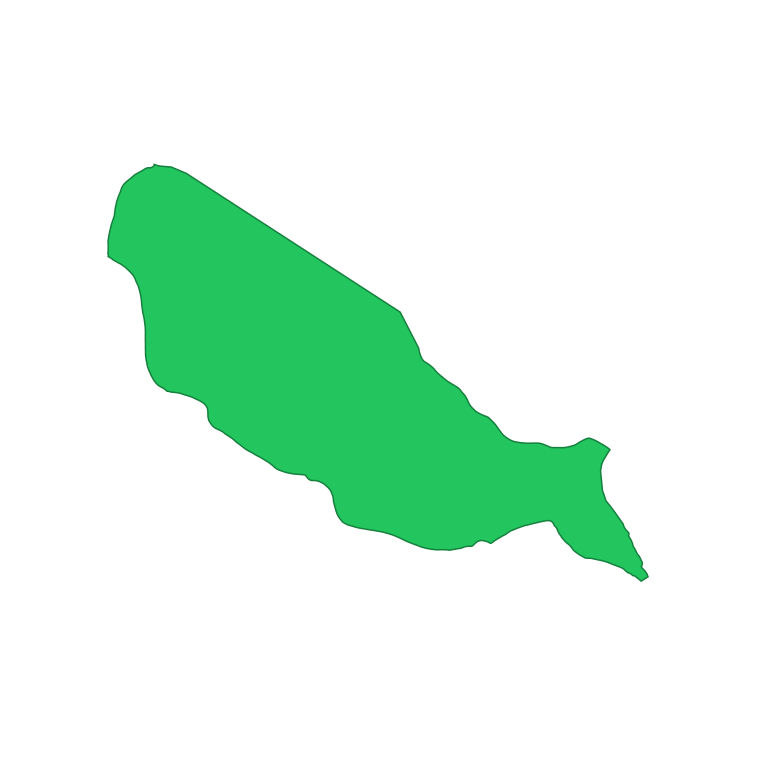 Cazuca, Micoud, Saint Lucia (Albers equal-area conic projection), rotated 17°
{"feature_id": "8701671B6383069893931", "entity_name": "Cazuca", "entity_type": "district", "adm_level": 2, "iso_a3": "LCA", "parent_name": "Saint Lucia", "parent_adm1": "Micoud", "projection": "albers", "projection_center": [-60.905, 13.8], "detail": "fine", "context": "isolated", "style": "filled", "palette": "green", "viewbox_px": 768, "rotation_deg": 17, "n_neighbors": 0, "source": "geoboundaries", "source_scale": "gbopen_adm2", "svg_char_len": 6093}
<svg xmlns="http://www.w3.org/2000/svg" viewBox="0 0 768 768"><g transform="rotate(17 384 384)"><path d="M83.1,342.8L85.7,343.4L87.0,343.8L88.1,344.3L90.7,345.0L91.2,345.1L92.0,345.2L93.9,345.7L96.1,346.1L97.8,346.4L99.4,347.0L100.7,347.4L102.4,348.0L104.2,348.9L107.7,350.6L111.3,352.7L112.5,353.6L113.6,354.5L114.7,355.6L116.0,357.1L117.1,358.6L119.6,361.3L120.3,362.2L121.6,364.1L123.3,366.7L124.8,369.3L127.2,374.1L128.4,377.1L129.3,379.3L132.5,386.3L133.3,387.6L135.5,391.6L136.8,394.4L137.2,395.3L138.0,397.1L139.2,399.9L140.6,403.9L141.3,406.3L141.6,407.3L143.1,412.2L143.4,413.3L143.7,413.9L145.7,420.5L146.8,423.7L147.4,425.7L147.9,427.0L148.5,428.3L149.7,430.8L150.8,432.7L151.9,434.9L152.8,436.6L154.7,439.0L155.4,440.0L156.9,441.6L158.0,442.9L159.5,444.6L160.5,445.5L161.2,446.2L163.1,448.0L165.3,449.5L166.1,450.1L167.3,450.7L169.2,451.5L170.5,451.8L172.0,452.1L173.1,452.4L174.0,452.5L175.6,453.0L178.8,454.4L179.8,454.0L182.0,454.0L183.4,453.9L185.4,453.4L187.6,453.0L189.8,452.7L190.8,452.6L192.6,452.5L194.5,452.6L202.3,452.6L202.8,452.7L203.2,452.6L205.4,452.9L209.4,453.5L210.8,453.6L213.3,454.1L215.6,454.6L216.1,454.8L217.5,455.3L218.8,456.0L220.4,457.1L220.9,457.5L221.6,458.1L222.3,459.0L222.7,459.9L223.2,460.8L223.7,462.1L225.0,466.0L225.4,467.0L226.1,468.4L226.8,469.6L227.3,470.3L228.0,470.9L229.3,472.1L231.8,473.9L233.4,474.8L234.5,475.2L236.2,475.7L238.0,475.8L238.5,476.0L241.0,476.3L243.4,476.8L244.8,477.3L246.7,478.1L248.4,478.6L253.9,480.2L254.8,480.5L257.0,481.4L259.5,482.6L260.3,482.9L263.7,484.1L269.1,486.2L271.5,487.0L274.0,487.6L277.6,488.2L282.7,489.5L286.9,490.3L289.6,490.9L294.9,492.3L297.4,493.0L299.0,493.6L301.1,494.4L304.0,495.8L305.0,496.2L305.9,496.5L307.4,496.8L308.9,497.0L313.8,497.2L316.6,497.2L319.0,497.0L322.3,496.7L322.7,496.6L323.3,496.5L325.6,496.1L328.6,495.4L332.2,494.6L334.6,494.2L335.0,494.1L335.4,494.2L339.8,497.1L342.0,497.5L342.8,497.5L343.3,497.4L346.0,496.5L348.1,496.2L350.6,496.2L351.9,496.3L352.9,496.5L354.6,496.8L356.0,497.2L357.9,498.0L360.3,499.1L361.9,500.0L362.7,500.5L363.9,501.4L365.8,503.5L367.9,506.3L368.2,506.8L368.8,507.9L369.5,509.7L370.0,510.9L371.2,513.1L372.8,515.5L374.9,518.9L376.5,521.1L377.3,522.2L378.0,522.9L379.3,524.2L380.4,525.1L382.4,526.5L383.3,527.1L384.4,527.9L385.2,528.2L386.2,528.5L387.5,528.8L389.2,529.1L390.8,529.3L392.3,529.3L399.4,529.2L403.5,528.9L408.3,528.2L411.2,527.9L411.8,527.8L415.8,527.2L421.4,526.5L422.2,526.4L425.7,526.0L427.4,525.9L434.0,525.8L434.9,525.8L437.5,525.9L440.4,526.2L443.7,526.6L447.6,527.2L450.8,527.7L454.7,528.1L456.9,528.3L459.1,528.4L462.3,528.6L462.7,528.6L465.1,528.8L467.0,528.9L469.0,528.9L472.5,528.8L478.1,528.1L478.5,528.0L480.9,527.6L483.3,527.0L488.6,525.3L492.2,524.3L494.4,523.9L495.2,523.8L506.2,518.2L506.6,517.9L507.8,516.8L508.5,516.3L510.5,515.2L511.9,514.6L514.2,513.9L515.2,513.5L515.6,513.3L515.9,513.0L516.9,511.3L518.2,509.1L519.3,507.5L519.7,507.1L520.8,506.3L522.3,505.4L523.4,505.0L525.8,504.7L528.5,504.6L530.3,504.8L530.8,505.0L531.6,505.1L532.0,505.1L533.0,505.0L535.8,501.3L541.4,495.0L543.8,492.7L545.8,490.3L547.9,487.6L549.7,486.2L554.2,482.5L560.1,478.1L562.5,476.9L567.5,473.8L573.3,470.4L578.0,467.9L581.1,466.5L583.5,466.2L585.9,467.1L588.6,469.8L590.9,471.0L593.3,473.8L594.5,475.3L597.7,477.7L598.8,478.8L603.9,482.0L608.6,483.9L610.8,485.3L613.9,487.7L617.6,489.1L621.2,490.3L627.5,491.6L629.4,491.1L632.8,490.2L644.4,489.2L649.2,489.1L654.9,489.6L664.3,490.2L666.9,490.7L671.0,492.6L672.0,493.0L676.3,493.5L677.6,494.5L679.8,494.2L687.6,497.3L692.4,491.7L692.9,491.2L690.6,488.3L687.7,486.2L684.8,484.6L683.4,483.4L683.8,481.9L683.3,479.3L678.7,474.3L676.0,472.5L671.3,467.6L669.7,466.4L668.2,463.7L665.5,460.6L662.2,457.7L662.2,456.3L661.7,454.9L657.5,452.4L654.8,449.9L653.8,448.1L643.1,439.8L636.0,434.6L630.4,430.8L626.7,425.5L624.1,422.1L616.5,403.8L616.2,401.2L615.7,398.1L615.8,397.1L615.9,393.7L617.8,386.0L619.3,380.7L618.2,380.2L616.3,379.5L611.0,378.0L608.8,377.6L606.6,377.0L604.0,376.5L603.3,376.3L601.5,376.1L599.5,375.9L598.1,375.8L596.8,375.8L596.0,375.9L595.5,376.0L594.7,376.4L593.3,377.4L591.9,378.6L591.0,379.4L589.3,381.2L588.0,382.5L585.7,385.2L584.9,386.0L584.2,386.7L583.0,387.6L580.1,389.4L577.5,390.9L575.4,391.9L574.5,392.3L570.0,393.7L566.8,394.6L563.9,395.5L563.3,395.6L562.4,395.8L561.3,395.8L560.5,395.7L557.4,395.4L555.7,395.2L553.8,395.0L552.4,395.0L552.0,395.1L550.6,395.1L548.2,395.6L546.7,396.0L543.6,397.0L539.2,398.5L536.8,399.1L532.3,400.1L530.4,400.4L527.8,400.7L525.9,401.0L524.5,401.0L522.3,400.8L521.0,400.6L520.1,400.4L516.5,399.4L515.1,398.9L513.9,398.4L512.9,397.9L511.8,397.3L510.9,396.7L510.2,396.1L508.4,394.8L506.2,393.2L503.6,391.1L501.9,389.9L500.2,388.9L494.5,385.9L493.7,385.5L492.9,385.3L492.0,385.2L489.6,385.0L487.7,384.9L485.9,384.7L481.4,383.8L480.2,383.4L479.3,383.1L477.6,382.2L475.6,381.2L473.2,379.7L471.8,378.5L470.6,377.4L469.4,376.0L467.9,374.3L466.4,372.8L465.2,371.8L464.2,371.0L463.0,370.3L461.0,369.1L458.5,367.3L456.8,366.4L456.3,366.1L454.7,365.6L446.5,363.5L443.6,362.7L442.6,362.3L439.1,360.9L437.6,360.2L436.0,359.6L432.6,358.1L430.0,356.7L427.8,355.2L426.8,354.6L424.8,353.6L422.6,352.7L421.3,352.2L420.2,351.9L418.7,351.4L417.3,351.1L416.0,350.7L415.5,350.5L414.5,350.0L413.5,349.2L413.0,348.8L411.5,347.1L410.9,346.4L409.4,344.4L408.1,342.4L407.3,341.0L406.8,339.7L378.4,310.5L133.4,240.4L117.1,238.7L106.7,241.0L103.2,241.3L100.1,241.2L100.2,241.6L100.2,242.1L100.1,242.8L99.9,243.3L98.7,244.6L98.1,245.1L97.7,245.4L96.9,245.7L96.5,245.8L95.2,246.2L94.4,246.6L94.0,246.8L92.6,248.1L91.9,248.9L89.7,251.3L88.5,252.6L85.1,256.1L84.2,257.3L83.4,258.5L81.3,261.8L78.7,265.6L77.2,268.2L77.0,268.6L76.5,270.2L76.1,271.6L75.9,272.9L75.7,275.0L75.7,277.5L75.2,281.9L75.2,283.8L75.1,284.3L75.1,285.6L75.1,288.5L75.3,290.1L75.5,293.4L75.6,294.3L75.9,296.1L76.1,297.0L76.2,297.9L76.6,299.8L76.8,301.2L76.9,303.0L76.9,304.1L76.7,309.3L76.7,312.8L77.0,315.7L77.1,318.6L77.9,325.3L78.2,327.3L78.7,329.3L79.6,331.7L81.1,336.6L81.8,339.7L82.1,340.6L82.3,341.0L83.4,342.4L83.1,342.8Z" fill="#22c55e" stroke="#15803d" stroke-width="1.5"/></g></svg>